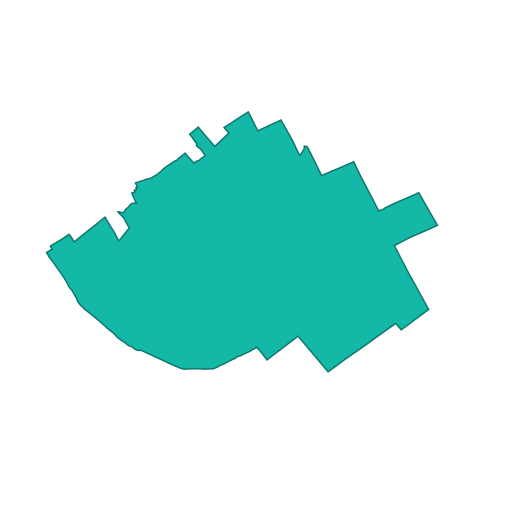 Castranova, Dolj, Romania, rotated 37°
{"feature_id": "2599482B20285682712903", "entity_name": "Castranova", "entity_type": "district", "adm_level": 2, "iso_a3": "ROU", "parent_name": "Romania", "parent_adm1": "Dolj", "projection": "equal_earth", "projection_center": [24.0, 44.125], "detail": "fine", "context": "isolated", "style": "filled", "palette": "teal", "viewbox_px": 512, "rotation_deg": 37, "n_neighbors": 0, "source": "geoboundaries", "source_scale": "gbopen_adm2", "svg_char_len": 6031}
<svg xmlns="http://www.w3.org/2000/svg" viewBox="0 0 512 512"><g transform="rotate(37 256 256)"><path d="M420.8,212.5L422.0,208.7L422.9,205.2L423.3,204.1L424.4,200.6L425.2,197.6L426.1,195.0L426.1,194.8L424.2,194.0L420.5,192.3L418.1,191.2L415.9,190.2L413.6,189.1L410.1,187.7L406.2,185.8L398.2,182.2L386.5,177.1L382.9,175.3L380.1,173.9L372.8,170.5L364.5,166.4L360.3,164.7L360.2,164.6L360.9,163.0L361.7,161.4L364.6,155.2L367.9,148.4L370.4,143.9L377.8,130.9L381.6,124.0L382.5,122.3L373.9,118.7L371.0,117.4L362.3,113.7L352.4,109.4L347.9,107.5L347.1,108.7L346.0,111.0L343.0,116.4L335.4,129.7L331.9,136.4L330.1,139.9L330.2,140.7L329.1,142.6L328.1,144.3L327.1,146.1L323.6,144.6L316.5,141.1L291.6,129.3L277.2,121.9L276.5,123.6L275.1,125.9L272.4,130.7L268.9,136.8L266.8,140.3L264.4,144.6L262.3,148.2L260.0,152.3L251.2,147.8L245.8,145.1L239.8,142.1L236.9,140.6L236.5,140.5L235.7,140.3L235.4,140.2L234.9,139.8L234.4,139.5L233.9,139.2L233.5,138.9L233.1,138.7L232.5,138.6L232.2,138.4L231.7,138.3L231.6,138.1L231.4,138.1L230.9,138.0L230.7,138.0L230.3,138.1L230.2,138.2L229.8,138.5L229.4,138.6L229.0,138.9L228.5,139.2L229.2,140.1L229.7,140.8L229.9,141.4L230.1,142.1L230.2,143.0L230.4,146.2L230.4,147.7L230.4,149.2L230.4,149.3L229.8,149.0L228.7,148.6L228.0,148.2L227.3,147.9L226.1,147.3L225.1,146.8L224.5,146.4L223.1,145.8L222.6,145.5L221.4,144.8L220.9,144.5L220.4,144.3L219.7,143.9L218.6,143.4L217.6,142.8L217.1,142.5L216.2,142.1L215.6,141.9L215.2,141.7L214.8,141.5L212.8,140.5L211.2,139.8L210.3,139.4L209.4,139.0L208.6,138.6L208.1,138.4L207.3,138.2L205.6,137.4L205.2,137.1L203.6,136.5L202.6,136.1L201.9,135.7L200.9,135.3L199.5,134.7L198.5,134.3L196.9,133.7L196.3,133.5L194.2,132.2L193.9,133.0L193.6,133.4L192.5,135.6L191.0,138.2L190.6,138.9L189.6,140.9L188.6,142.8L188.1,143.5L187.7,144.5L185.7,148.2L182.1,155.0L173.5,150.7L166.9,147.4L164.1,146.0L163.1,145.6L162.3,147.8L159.7,154.7L157.2,161.5L156.1,165.0L154.6,168.7L153.6,171.5L153.1,172.5L153.7,172.7L156.8,173.4L159.3,173.9L160.4,174.0L157.1,193.4L148.1,191.4L138.5,189.3L132.3,187.8L129.8,198.6L133.1,199.5L136.1,200.5L138.3,201.3L138.5,201.0L141.5,202.4L142.0,203.8L142.7,203.7L143.8,204.0L145.1,204.0L146.3,203.9L147.6,204.1L148.9,204.3L150.8,205.0L154.6,206.1L154.8,206.2L154.6,207.3L154.5,208.0L154.4,208.2L154.1,209.5L153.5,211.4L153.2,212.2L153.2,212.7L153.2,213.0L153.3,213.4L153.3,213.6L153.0,214.0L152.0,215.3L151.7,215.7L151.5,216.2L151.2,217.1L150.7,218.7L150.6,219.2L148.7,218.8L145.6,218.3L141.3,217.4L138.8,216.8L137.5,216.5L137.3,217.6L136.7,219.7L136.1,222.1L135.3,224.8L135.2,225.9L135.2,226.8L134.9,227.9L134.7,228.1L134.4,228.4L134.2,228.6L134.0,228.9L133.9,229.5L132.8,232.4L131.3,236.4L130.7,238.3L130.4,239.2L130.1,240.5L129.9,241.2L129.6,242.2L129.5,243.9L129.3,244.9L129.0,246.2L128.4,248.5L128.4,249.0L128.0,250.1L127.6,251.4L126.7,253.5L126.1,255.0L125.7,256.3L125.3,256.8L124.8,257.5L124.3,258.2L123.9,258.9L122.1,260.8L121.8,261.2L121.5,261.7L121.2,262.2L121.1,262.8L120.8,263.3L119.9,264.3L118.4,266.4L116.5,269.1L115.8,270.2L119.8,272.3L119.0,273.7L120.6,274.7L119.3,276.7L120.9,277.5L120.4,278.3L118.9,280.5L123.5,283.1L128.7,285.9L128.4,286.0L128.1,286.1L127.9,286.3L127.3,287.0L127.1,287.2L126.5,287.5L126.1,287.8L125.6,288.3L125.4,288.7L124.9,290.0L124.7,290.8L124.7,292.2L124.5,294.5L124.3,295.4L124.1,296.0L123.9,296.8L123.9,297.8L124.0,298.8L124.0,299.3L124.2,299.9L124.2,300.7L124.0,301.3L123.5,301.6L122.1,302.3L120.1,303.1L119.4,303.6L119.2,303.8L120.2,304.1L125.3,304.8L128.2,305.3L129.8,306.1L131.2,307.0L137.9,309.8L137.5,326.1L136.4,326.1L135.5,325.6L133.0,324.6L129.9,322.9L120.2,319.2L114.7,317.0L112.1,315.8L110.7,320.8L110.5,322.0L110.1,323.4L108.8,328.6L107.6,333.2L107.1,335.0L106.0,339.5L104.1,346.8L102.5,353.4L102.3,354.2L101.4,353.9L99.5,353.0L96.4,351.9L94.2,351.3L93.6,351.2L93.5,351.5L93.4,351.8L92.9,353.4L92.4,355.1L92.2,355.5L91.9,355.8L91.8,356.2L91.7,357.1L91.7,357.3L91.6,357.6L90.8,359.6L90.2,361.0L89.8,362.2L89.2,363.3L89.0,363.7L88.8,364.1L88.7,364.5L88.7,364.8L88.5,365.2L86.5,369.8L85.9,371.5L85.9,371.9L86.5,372.2L88.6,373.0L89.0,373.1L88.8,373.8L88.4,375.0L87.7,376.5L87.0,378.1L86.6,379.2L87.4,379.6L88.1,379.8L88.6,380.0L89.7,380.6L90.9,381.2L92.1,381.5L93.6,381.9L95.6,382.5L98.5,383.3L101.7,384.4L106.5,385.9L110.2,387.0L115.7,388.9L117.6,389.7L118.0,389.9L118.7,390.1L119.3,390.4L120.9,391.1L122.9,392.0L124.7,393.0L126.1,393.4L127.7,393.8L129.1,394.0L130.2,394.4L134.2,396.2L138.1,397.7L138.2,397.8L139.4,398.5L140.2,399.1L141.0,399.6L141.3,399.8L142.0,400.0L143.1,400.3L144.1,400.6L145.8,400.9L147.4,401.0L149.4,401.4L150.2,401.5L152.4,401.6L155.6,401.7L159.9,401.8L168.6,402.1L175.7,402.7L181.9,403.3L188.8,403.4L191.5,403.9L194.1,404.4L196.1,404.4L199.2,404.5L201.3,404.3L202.6,404.1L203.9,404.1L205.0,404.2L207.6,404.2L208.8,404.1L210.1,403.7L211.9,403.1L212.4,403.1L214.3,403.3L215.1,403.3L216.7,403.1L218.2,402.6L218.9,402.2L219.3,401.7L220.7,400.8L221.6,400.3L242.9,395.7L252.0,393.8L258.5,392.3L263.2,391.1L266.4,389.9L268.2,388.5L269.6,387.1L272.7,384.7L274.1,383.6L276.2,382.1L277.2,381.3L278.0,380.5L279.3,379.7L280.7,378.7L281.8,378.2L283.0,377.3L286.0,374.8L287.8,373.4L288.8,372.6L289.5,372.0L290.1,371.3L290.5,370.7L290.8,370.0L291.9,368.1L292.4,367.0L292.6,366.5L292.7,366.0L292.7,365.6L292.9,365.4L293.6,364.5L293.7,364.0L294.2,363.4L294.6,362.7L295.0,362.1L295.6,361.0L296.2,359.7L296.6,358.6L297.4,357.1L298.4,354.9L298.6,354.7L298.8,354.4L299.0,354.1L299.1,353.7L299.7,352.3L300.2,351.6L300.5,351.2L301.3,349.4L301.6,347.9L302.5,346.5L303.2,345.8L303.7,345.1L304.7,342.8L305.4,341.0L305.9,340.4L306.3,340.2L306.4,339.8L307.7,337.2L309.0,334.7L309.2,333.6L309.6,332.8L310.6,331.0L311.3,328.6L312.9,328.9L313.0,328.5L314.1,328.9L318.8,330.0L327.3,332.4L328.3,328.5L329.2,325.3L332.4,314.2L334.2,307.6L337.1,297.5L337.8,294.7L339.1,295.0L359.7,299.7L370.3,302.1L377.6,303.8L383.3,305.1L383.9,303.2L389.4,284.6L394.3,269.7L396.8,262.1L404.3,237.9L407.2,228.8L408.1,225.8L416.4,227.5L416.4,227.3L417.2,224.9L419.6,217.0L420.8,212.5Z" fill="#14b8a6" stroke="#0f766e" stroke-width="1.5"/></g></svg>